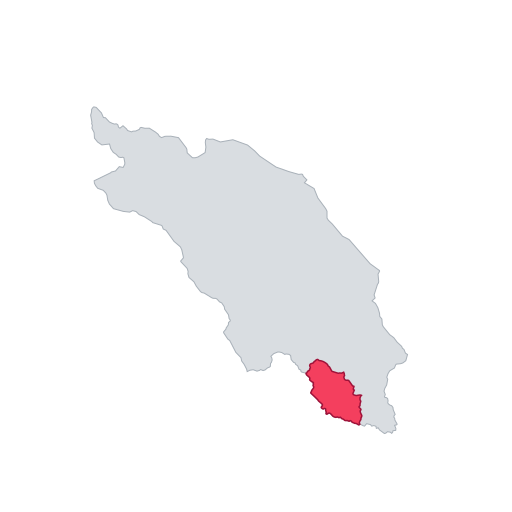 where Uvs sits in Mongolia, rotated 222°
{"feature_id": "MNG-3322", "entity_name": "Uvs", "entity_type": "Province", "adm_level": 1, "iso_a3": "MNG", "parent_name": "Mongolia", "parent_adm1": "", "projection": "natural_earth1", "projection_center": [92.636, 49.633], "detail": "fine", "context": "in_parent", "style": "filled", "palette": "rose", "viewbox_px": 512, "rotation_deg": 222, "n_neighbors": 0, "source": "natural_earth", "source_scale": "10m", "svg_char_len": 7046}
<svg xmlns="http://www.w3.org/2000/svg" viewBox="0 0 512 512"><g transform="rotate(222 256 256)"><path d="M36.5,215.0L38.2,215.0L40.7,213.4L41.0,211.2L41.8,210.0L47.8,209.4L50.4,210.1L50.9,208.7L51.4,208.5L52.8,209.7L54.2,209.2L55.2,208.6L56.1,207.0L58.1,207.3L61.6,205.4L61.5,202.2L62.9,201.5L66.0,200.8L66.4,199.4L67.1,198.9L69.4,198.5L73.4,196.9L75.2,196.7L76.7,195.3L80.2,193.4L85.5,192.5L85.9,191.6L90.7,188.6L96.0,188.5L97.3,185.9L98.1,185.7L101.8,188.7L103.3,188.3L103.8,187.2L106.0,187.2L106.9,189.3L108.2,190.2L123.6,191.0L124.1,191.8L125.1,196.7L127.9,199.0L128.6,200.1L132.9,199.8L135.3,201.7L139.0,201.6L140.9,202.1L144.4,200.3L145.3,200.3L146.4,201.2L148.2,200.6L151.6,202.3L154.1,202.0L155.4,202.7L156.9,202.1L160.6,202.6L163.7,205.2L165.7,205.0L168.1,203.3L168.8,202.1L172.3,201.5L174.3,200.3L175.6,199.2L177.5,195.3L177.8,191.4L176.0,190.8L174.4,189.5L173.4,187.3L173.3,185.8L171.5,183.6L171.6,182.5L172.6,180.5L173.0,177.4L174.1,175.6L176.6,174.7L176.8,173.4L178.2,171.1L182.0,169.6L184.1,167.0L185.2,164.2L187.2,165.6L192.2,167.5L196.4,168.4L199.2,170.4L206.5,170.9L218.9,175.6L221.4,175.4L228.7,177.3L229.3,178.0L229.4,181.5L230.0,182.5L230.5,186.3L231.9,188.2L231.7,190.5L232.3,191.2L234.1,191.5L237.1,193.9L243.7,195.5L245.7,197.1L250.1,198.2L252.4,197.5L256.1,197.9L257.5,197.6L259.7,195.8L261.2,195.3L269.6,193.8L271.8,192.6L273.4,192.4L280.1,193.6L284.8,195.3L291.4,195.2L294.7,197.2L296.1,199.1L298.8,200.7L308.1,201.5L308.6,201.9L308.7,205.9L309.1,206.5L315.4,211.0L318.3,212.2L326.7,212.0L340.0,214.9L343.0,214.0L345.9,215.5L347.0,215.4L355.1,211.7L356.4,211.9L365.1,210.5L370.5,208.6L374.8,208.8L378.0,207.2L379.2,204.1L384.4,200.4L393.6,195.8L399.7,196.5L403.4,198.2L407.4,201.4L409.6,202.3L413.5,202.6L418.9,200.4L421.9,200.9L424.7,201.9L426.6,203.6L419.7,220.6L419.7,221.6L417.3,225.2L417.4,230.9L414.0,232.9L414.8,236.1L415.7,237.4L419.9,240.6L421.2,240.2L422.2,238.8L424.2,237.7L428.1,238.0L431.4,237.5L435.7,238.6L439.8,241.2L444.9,235.4L450.0,234.7L454.9,235.5L458.9,239.4L463.5,241.2L464.9,243.5L466.7,244.4L467.3,245.5L473.1,250.0L474.6,253.0L476.3,255.1L476.5,257.3L476.3,258.3L474.2,259.5L466.6,258.9L462.0,256.8L460.5,258.0L454.7,257.5L451.6,258.4L449.5,259.3L448.3,260.7L447.3,261.0L446.3,261.0L444.5,259.8L443.0,259.8L442.6,260.1L442.0,263.8L437.1,263.8L435.4,263.3L431.5,265.0L431.0,266.4L429.0,268.4L427.4,272.1L427.9,273.7L427.4,274.7L424.0,276.6L420.8,279.6L413.7,280.8L410.3,281.0L407.8,280.3L405.4,280.8L403.7,284.1L399.4,288.1L392.8,292.1L380.4,289.7L378.9,289.1L376.1,286.6L369.0,286.5L367.0,288.2L365.4,290.7L363.0,298.8L366.1,303.4L369.6,306.4L371.1,308.5L371.3,310.3L369.1,311.2L366.2,314.1L358.8,316.9L351.0,326.9L336.5,332.8L327.4,333.2L320.1,332.7L300.6,335.5L288.1,340.7L278.9,345.2L276.9,347.4L276.0,347.8L274.2,346.9L269.1,346.6L269.0,342.8L258.0,345.0L248.8,340.5L235.8,337.8L233.2,336.8L228.6,331.7L226.3,331.0L220.6,330.8L205.0,328.6L197.8,330.5L166.0,326.6L154.5,327.8L154.0,327.4L153.2,324.2L147.8,319.2L147.0,318.0L146.7,316.1L142.2,306.1L139.4,304.5L139.7,300.3L135.5,300.7L130.8,299.1L125.9,296.1L123.6,293.9L120.3,293.4L116.1,289.4L114.1,288.6L104.0,287.0L99.0,287.5L93.5,286.4L87.3,286.3L85.4,285.4L83.6,285.6L79.9,283.8L77.5,284.2L74.6,278.4L75.3,274.8L76.5,272.7L79.4,269.5L79.3,268.3L78.2,265.4L79.8,260.2L79.2,257.0L77.7,253.4L75.6,252.5L72.6,247.6L71.7,243.8L70.4,241.2L67.3,239.6L66.3,237.3L65.4,237.2L64.7,237.9L62.9,238.2L61.0,236.8L59.9,235.1L58.8,234.7L56.8,234.8L55.0,235.5L52.9,235.1L51.2,233.6L46.6,231.4L46.5,229.7L45.8,228.5L44.4,228.2L43.0,227.0L38.6,225.5L38.5,224.7L39.7,222.9L36.6,221.4L35.5,219.9L37.3,217.8L36.5,216.4L36.5,215.0Z" fill="#d9dde1" stroke="#a8b0b8" stroke-width="1"/><path d="M98.2,185.6L98.5,185.7L98.7,185.9L99.0,186.6L99.3,187.0L99.7,187.3L100.3,187.5L100.8,187.8L101.6,188.7L102.1,189.0L102.4,188.9L102.7,188.8L103.0,188.6L103.2,188.4L103.4,188.1L103.5,187.6L103.6,187.3L104.1,187.0L104.9,186.9L105.7,186.9L106.3,187.2L106.5,187.8L106.4,188.6L106.7,189.3L106.8,189.6L107.0,189.8L107.4,190.1L108.2,190.2L108.7,190.2L109.3,190.2L112.5,190.1L114.0,190.5L118.7,190.7L123.4,190.8L123.7,191.0L123.9,191.2L124.0,191.4L124.0,192.1L124.6,193.2L124.7,193.6L124.8,195.4L124.9,196.3L125.1,196.7L125.3,197.1L125.6,197.4L126.7,197.8L126.9,197.9L127.0,198.2L127.1,198.4L127.2,198.7L127.3,198.9L127.9,199.3L128.1,199.5L128.3,200.0L128.5,200.2L128.7,200.3L129.1,200.3L130.4,199.9L132.7,199.8L133.2,199.9L133.5,200.1L133.9,200.7L134.1,201.1L134.8,201.5L138.6,201.5L139.2,201.6L139.8,202.0L140.1,202.2L140.3,202.4L140.0,202.7L140.1,203.2L140.3,204.0L140.4,204.9L140.4,205.2L140.4,205.3L140.1,206.0L140.0,206.4L140.0,206.8L140.1,207.4L140.5,208.0L140.6,208.4L140.8,209.1L140.9,209.3L141.1,209.6L141.5,209.8L142.4,210.2L142.7,210.4L143.0,210.8L143.1,211.1L143.3,211.6L143.2,212.5L142.1,214.5L141.9,215.0L142.0,215.6L142.1,216.0L142.1,216.5L142.1,216.9L141.9,217.3L141.8,217.7L141.7,218.1L141.8,218.6L141.8,218.8L141.6,219.5L141.1,220.3L140.7,220.5L139.6,220.5L139.0,220.6L137.9,221.4L137.0,221.9L135.3,222.6L133.5,223.0L131.2,223.3L130.0,223.1L129.9,223.1L129.3,222.7L128.9,222.6L127.2,222.7L126.7,222.6L122.8,221.2L122.2,221.2L116.6,223.8L116.2,224.1L115.6,225.0L115.1,225.4L114.6,225.7L113.9,226.4L113.1,228.3L111.8,227.7L111.5,227.5L110.7,226.7L110.3,226.5L110.3,226.4L110.2,226.3L110.1,226.2L110.0,225.6L109.9,225.1L109.8,224.9L109.7,224.7L108.4,224.0L108.2,223.8L108.0,223.7L107.9,223.7L107.2,223.6L106.8,223.6L106.2,223.8L105.6,224.2L105.0,224.8L104.4,225.3L103.7,225.5L102.2,225.2L97.3,224.1L97.0,224.2L96.4,224.6L96.1,224.7L95.8,224.5L95.6,224.0L95.1,222.9L94.8,222.4L94.4,222.0L94.1,221.9L93.8,222.0L93.5,222.1L93.2,222.1L92.1,219.0L91.9,218.7L91.7,218.5L91.3,218.3L90.9,218.2L90.4,218.3L89.8,218.5L88.4,219.2L88.0,219.5L87.1,220.7L85.8,222.2L85.0,222.8L84.4,223.0L84.4,222.7L84.5,222.2L84.4,222.0L84.3,221.8L83.9,220.4L83.7,220.0L83.6,219.9L83.1,219.4L82.8,219.0L82.7,218.9L82.4,218.7L81.4,218.4L81.1,218.2L80.9,218.1L80.1,216.5L79.8,215.8L79.7,215.7L78.6,214.4L78.5,214.1L78.5,213.9L78.6,213.6L78.6,213.4L78.5,213.0L78.5,212.8L78.4,212.7L78.0,212.6L76.6,212.4L75.8,212.4L75.5,212.2L75.4,212.2L75.1,211.7L75.0,211.4L75.0,211.2L75.0,210.7L74.8,210.4L73.4,209.4L70.9,208.4L70.5,208.1L70.4,208.0L70.3,207.9L70.2,207.7L70.1,207.3L70.0,207.2L69.9,207.1L69.7,206.2L69.5,205.8L68.7,204.7L68.5,204.3L68.5,204.2L68.5,203.8L68.5,203.7L68.4,203.1L68.0,202.0L67.7,201.3L67.6,201.2L67.4,201.0L66.6,200.6L66.3,200.5L66.3,200.1L66.4,199.7L66.6,199.3L67.1,199.1L68.8,198.8L69.4,198.6L71.0,197.5L71.3,197.5L71.8,197.4L72.1,197.3L72.8,196.9L73.4,196.8L74.5,197.0L75.1,197.0L75.4,196.9L75.6,196.8L75.8,196.7L76.0,196.5L76.1,196.2L76.1,195.7L76.7,195.3L77.7,195.0L78.2,194.7L79.2,193.7L79.6,193.4L80.1,193.2L81.6,193.2L82.1,193.1L83.4,192.5L83.9,192.5L85.0,192.7L85.5,192.6L85.7,192.3L85.8,192.0L86.0,191.6L86.3,191.3L87.7,190.9L88.0,190.6L88.7,189.5L89.1,189.3L90.0,188.8L91.0,188.5L92.0,188.4L94.2,188.7L95.5,188.7L96.6,188.2L97.3,186.9L97.4,186.6L97.4,186.3L97.4,186.0L97.6,185.8L97.9,185.7L98.2,185.6Z" fill="#f43f5e" stroke="#9f1239" stroke-width="1.5"/></g></svg>